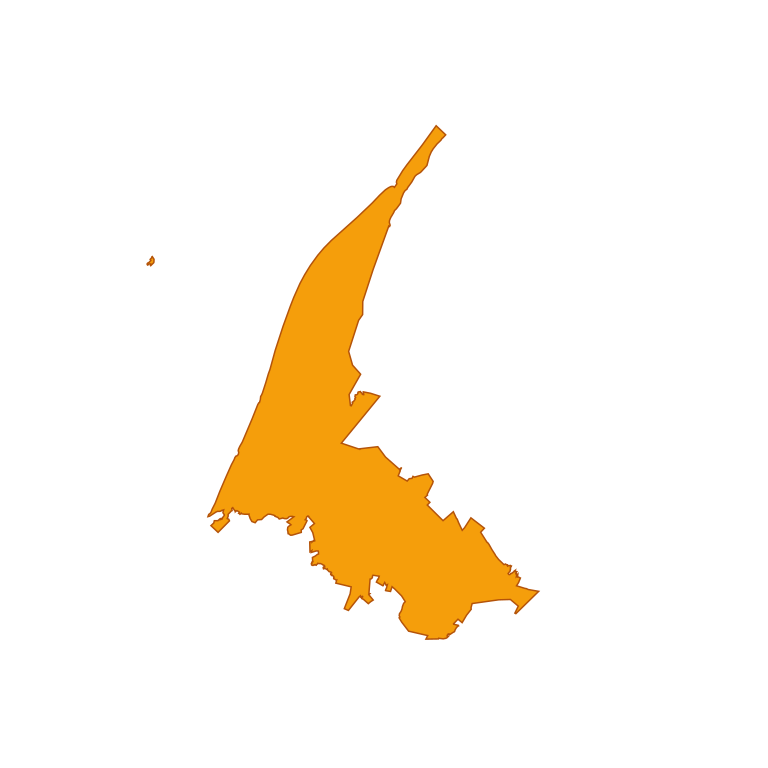 Santiago Ixcuintla, Nayarit, Mexico (Equal Earth projection), rotated 44°
{"feature_id": "50627088B3683914427881", "entity_name": "Santiago Ixcuintla", "entity_type": "district", "adm_level": 2, "iso_a3": "MEX", "parent_name": "Mexico", "parent_adm1": "Nayarit", "projection": "equal_earth", "projection_center": [-105.286, 21.958], "detail": "fine", "context": "isolated", "style": "filled", "palette": "amber", "viewbox_px": 768, "rotation_deg": 44, "n_neighbors": 0, "source": "geoboundaries", "source_scale": "gbopen_adm2", "svg_char_len": 6147}
<svg xmlns="http://www.w3.org/2000/svg" viewBox="0 0 768 768"><g transform="rotate(44 384 384)"><path d="M618.7,433.3L616.9,428.8L614.4,429.6L614.1,430.1L612.5,428.0L612.7,430.1L611.6,428.5L610.6,428.2L611.1,428.9L610.6,429.0L610.2,428.2L609.9,426.7L608.9,427.2L608.8,426.7L608.5,428.0L608.1,428.1L607.8,427.2L607.6,428.2L607.8,428.4L607.5,431.0L607.3,431.7L606.9,431.9L606.9,433.8L606.0,434.4L604.9,434.1L604.6,430.7L603.9,430.1L603.9,429.6L603.3,428.9L602.7,428.6L602.4,428.0L602.4,427.1L602.1,426.5L601.8,426.8L601.6,426.6L600.8,426.8L600.3,427.9L599.3,428.6L599.3,429.1L598.8,428.9L598.4,428.3L597.6,428.9L596.4,429.1L595.8,430.6L588.3,430.6L583.3,429.9L582.4,429.5L576.8,428.2L570.8,426.4L568.7,426.1L568.0,426.3L556.5,423.5L556.4,418.0L539.5,419.9L541.8,431.5L541.9,434.9L533.9,431.9L530.4,430.3L529.6,430.4L522.6,427.7L521.4,441.3L499.2,441.0L499.2,437.2L492.2,437.2L492.5,433.7L491.9,433.5L491.5,432.9L488.0,421.7L487.0,419.9L478.2,417.9L474.7,422.9L470.6,429.8L469.0,430.3L469.7,432.4L467.9,434.6L468.1,437.7L458.0,440.2L456.1,435.4L455.7,435.5L454.7,431.8L454.3,434.7L435.8,435.5L423.1,433.4L412.0,446.9L412.0,447.6L411.5,447.5L410.9,448.3L409.5,449.0L394.4,456.2L389.5,395.7L380.8,400.0L374.6,404.0L376.8,405.7L376.6,406.0L375.6,406.4L374.1,405.9L373.3,406.2L372.3,405.8L371.1,407.5L371.0,408.1L371.6,408.6L372.0,409.8L371.8,410.9L371.4,411.1L370.9,411.8L371.9,413.3L373.0,413.5L373.2,414.8L373.9,415.1L374.2,417.6L373.8,419.2L374.1,419.4L374.7,419.4L375.6,422.4L374.8,422.8L366.2,415.8L360.4,393.2L348.3,392.3L335.9,385.1L321.5,355.8L320.4,348.9L311.4,339.4L296.6,309.1L277.7,267.0L278.6,266.8L278.1,265.5L275.6,264.1L274.3,262.4L273.2,259.5L271.9,254.0L271.1,251.9L271.2,249.3L270.3,242.5L267.7,238.9L265.3,232.9L264.8,230.1L265.2,228.0L264.6,226.3L263.7,219.6L262.0,213.1L262.1,210.8L263.2,206.7L263.3,205.6L263.1,197.0L258.5,188.8L256.8,184.3L256.0,180.6L255.4,174.4L255.6,169.0L255.2,167.1L255.4,165.9L255.3,161.9L242.1,162.0L245.5,185.6L248.2,210.3L249.2,217.4L251.7,228.6L252.7,230.2L254.2,231.1L254.9,235.3L253.7,235.3L252.5,236.2L251.7,237.4L250.9,239.7L250.1,243.4L249.7,251.4L249.8,262.0L248.9,283.2L246.4,317.3L246.3,327.7L246.9,337.2L248.7,349.9L251.0,360.4L253.7,370.0L258.9,384.3L262.5,392.9L271.3,412.6L282.4,435.4L291.9,452.8L293.7,456.9L298.1,465.3L302.8,474.9L303.6,477.1L303.9,478.6L306.0,481.3L307.3,483.9L307.0,484.5L307.5,486.5L313.3,500.6L322.4,524.2L323.6,529.1L324.6,531.9L325.5,533.3L327.0,534.1L328.2,536.0L328.1,538.0L327.6,538.6L327.8,540.4L328.7,542.4L330.3,548.0L334.6,559.8L340.4,575.1L345.4,587.1L347.3,593.3L348.7,596.6L348.8,598.1L348.5,599.6L349.5,601.7L350.4,600.2L352.1,592.8L352.7,591.3L354.0,590.1L355.0,588.7L354.9,588.0L356.0,586.1L356.2,586.8L356.7,586.8L356.9,587.6L357.6,588.5L360.0,589.0L360.4,589.5L360.8,592.8L361.2,593.0L361.3,593.5L360.4,593.8L360.9,594.5L360.5,595.2L360.0,594.5L359.6,595.1L359.5,597.6L356.9,600.2L358.1,602.2L357.9,606.1L367.7,606.0L367.9,589.8L366.3,589.1L364.7,589.7L363.6,587.1L363.1,586.8L362.4,586.0L362.4,582.6L362.3,581.8L362.7,580.6L360.9,579.3L361.1,578.0L364.9,578.9L365.1,578.3L365.6,578.3L365.9,578.8L366.1,577.3L366.3,577.2L369.1,576.6L369.3,578.0L370.0,577.7L370.9,577.8L371.1,576.0L371.9,576.2L374.2,574.5L377.3,571.5L377.4,571.8L381.3,573.8L384.5,574.7L387.7,573.3L387.4,569.6L390.1,566.5L390.1,562.9L391.0,558.2L392.9,556.5L395.7,555.0L397.1,554.5L397.4,554.9L400.4,553.7L402.4,553.9L404.3,550.7L405.7,550.1L407.3,548.8L407.8,547.8L408.0,546.6L407.9,545.7L408.5,544.4L410.0,542.9L411.4,542.1L410.0,550.6L411.7,550.4L412.8,550.0L414.9,549.9L414.3,552.5L414.3,553.9L415.9,556.0L418.0,557.3L418.0,557.5L419.0,558.3L419.4,558.0L421.8,557.7L422.4,557.1L423.1,556.2L427.6,548.2L425.8,546.4L426.3,544.4L423.6,535.8L422.8,535.7L421.6,536.4L421.4,534.5L420.7,533.4L420.8,532.1L421.5,531.5L422.0,531.6L422.0,531.9L430.9,532.7L430.3,538.6L436.0,540.4L443.1,544.9L442.5,545.9L442.1,545.6L442.0,547.0L441.9,546.8L440.3,549.2L447.3,556.1L447.8,554.0L448.7,555.7L451.2,551.2L452.6,549.9L452.8,549.8L453.8,550.6L455.0,551.8L454.4,553.0L454.1,555.4L453.0,558.5L455.3,560.6L456.3,561.2L455.8,562.3L456.8,563.2L456.5,563.6L457.5,564.4L458.2,564.4L459.0,563.8L459.0,563.3L459.4,563.0L459.5,562.3L460.3,562.1L460.4,561.4L461.1,561.2L460.9,560.9L461.2,559.5L460.9,559.1L462.5,557.9L462.7,557.5L464.4,556.7L465.7,556.6L466.4,556.1L466.8,556.3L467.5,556.1L468.3,556.6L467.6,557.7L467.8,558.4L468.9,559.0L469.1,558.7L468.9,558.2L469.2,558.3L469.8,557.6L471.9,557.1L471.9,556.6L472.5,557.0L475.0,557.1L476.1,556.3L476.7,556.1L477.3,556.2L477.2,556.8L477.5,557.7L478.1,558.1L478.8,557.4L479.2,558.0L479.7,558.0L479.9,557.6L481.3,557.3L482.4,557.9L482.4,558.4L482.8,558.8L483.4,559.0L483.7,558.7L485.9,558.3L486.1,557.9L487.7,560.7L501.3,552.7L505.4,558.5L511.5,573.2L515.7,571.6L514.0,554.5L514.2,552.7L515.4,553.5L516.1,551.7L516.5,551.9L516.5,553.1L517.0,553.8L518.8,553.2L525.3,552.9L525.6,550.0L526.3,546.9L519.4,546.1L519.5,544.6L518.6,545.1L509.5,534.0L510.1,533.2L510.2,531.5L509.0,529.9L508.9,529.2L514.1,525.6L515.4,528.4L515.1,528.7L516.1,531.8L523.4,529.9L523.5,529.4L523.0,528.6L522.4,526.3L525.3,527.3L525.8,526.0L527.7,529.4L527.9,530.3L528.6,531.5L528.9,531.4L532.8,528.7L530.6,524.2L534.3,524.0L543.8,524.2L550.5,525.8L550.5,528.1L551.8,531.2L553.2,533.3L554.2,535.7L554.7,538.5L555.9,540.1L557.3,540.6L557.3,541.7L562.1,543.0L573.4,544.7L590.2,534.6L591.4,538.4L600.2,529.6L599.9,529.0L603.6,526.2L605.2,523.9L605.6,522.6L605.6,520.7L604.8,521.0L604.7,521.5L604.0,520.9L604.3,519.3L603.9,519.3L604.0,518.9L604.5,518.5L605.1,518.2L605.4,518.5L606.3,514.4L606.7,513.5L606.6,512.7L606.0,511.6L605.4,509.3L605.3,507.0L605.7,506.2L605.2,505.9L601.0,508.4L600.6,508.2L600.6,501.8L606.0,501.4L604.0,493.0L603.2,485.4L602.1,484.6L599.9,480.7L616.4,459.6L624.6,451.2L634.9,450.5L637.3,457.9L638.4,457.6L639.3,425.7L630.4,431.7L628.7,432.2L627.2,433.2L619.5,437.1L618.7,433.3ZM134.1,456.8L133.8,456.1L131.9,454.0L128.8,453.3L128.7,453.9L129.2,454.7L129.2,456.8L130.5,457.1L130.5,459.6L130.0,461.3L130.1,462.0L130.7,462.6L131.4,462.6L131.9,460.4L132.8,459.7L133.4,460.2L133.7,461.0L134.0,461.0L134.1,456.8Z" fill="#f59e0b" stroke="#b45309" stroke-width="1.5"/></g></svg>